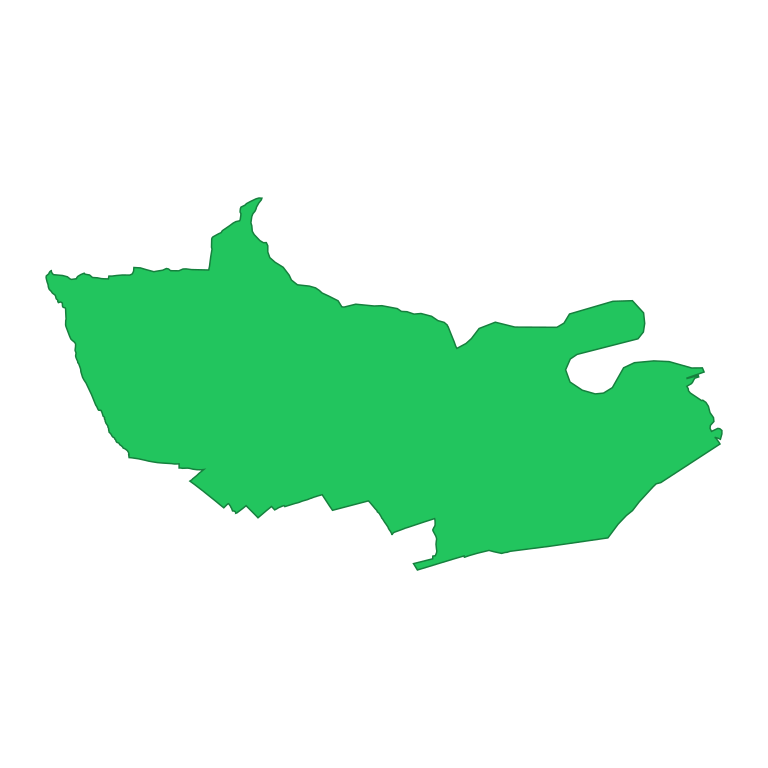 outline of Sibot, Alba, Romania
{"feature_id": "2599482B82824801071491", "entity_name": "Sibot", "entity_type": "district", "adm_level": 2, "iso_a3": "ROU", "parent_name": "Romania", "parent_adm1": "Alba", "projection": "robinson", "projection_center": [23.303, 45.942], "detail": "fine", "context": "isolated", "style": "filled", "palette": "green", "viewbox_px": 768, "rotation_deg": 0, "n_neighbors": 0, "source": "geoboundaries", "source_scale": "gbopen_adm2", "svg_char_len": 6012}
<svg xmlns="http://www.w3.org/2000/svg" viewBox="0 0 768 768"><path d="M702.4,367.9L691.7,368.0L669.1,361.6L653.8,360.9L634.4,362.7L623.6,367.8L612.4,387.6L603.5,393.1L595.2,393.9L582.3,390.2L570.0,382.0L565.6,369.8L570.3,359.0L577.1,354.4L638.0,338.8L643.4,332.0L644.7,323.4L643.6,312.9L632.4,300.7L612.9,301.3L569.5,314.0L564.0,323.1L556.9,327.3L515.0,327.1L495.3,322.2L479.1,328.5L471.4,338.6L466.0,343.5L456.9,348.4L455.7,346.2L454.2,341.9L451.2,334.5L448.1,326.7L447.6,326.3L447.4,325.2L444.2,322.4L437.9,320.6L431.6,316.3L421.0,313.5L414.0,314.1L407.0,311.7L401.4,311.4L397.3,308.6L381.9,305.7L374.2,306.0L355.7,304.2L344.0,307.1L341.8,306.8L338.1,300.8L328.8,296.1L322.1,293.0L319.4,290.5L315.6,287.9L309.3,286.1L297.4,284.8L291.4,280.0L289.2,275.2L283.2,267.3L275.0,262.2L269.8,257.6L267.8,252.0L267.8,245.8L266.3,242.6L263.4,242.7L259.9,240.6L254.2,234.6L252.3,231.3L251.8,225.7L250.9,222.8L251.8,216.5L252.9,213.7L255.0,211.2L256.0,209.1L256.5,207.1L258.8,203.0L261.3,199.9L261.9,198.2L259.0,198.0L256.1,198.8L250.6,201.4L246.5,203.6L244.9,205.2L241.0,207.1L240.4,208.6L240.1,211.2L240.2,212.4L240.9,213.5L240.8,215.6L240.2,219.7L239.6,220.8L235.9,221.6L233.1,223.1L229.2,226.0L222.4,230.6L221.4,232.2L221.0,232.7L218.5,233.8L212.9,236.9L212.0,238.0L211.7,239.1L211.5,247.2L212.0,249.1L210.7,257.0L209.5,266.4L208.7,270.0L191.6,269.6L186.1,268.9L183.0,269.0L178.8,270.8L170.7,270.7L169.8,270.1L168.6,269.0L166.4,268.5L162.7,270.2L155.9,271.3L153.9,271.7L146.4,269.7L140.4,267.9L133.9,267.5L133.6,271.0L133.0,272.6L132.0,274.1L129.7,275.1L122.5,275.0L116.6,275.5L111.9,276.1L108.9,276.1L108.4,278.9L104.3,278.8L101.4,278.6L97.4,277.8L92.5,277.5L89.6,275.0L85.1,274.2L84.2,273.2L80.9,274.5L77.8,276.4L76.9,277.5L76.4,278.7L71.7,279.4L71.3,279.4L70.2,279.0L67.4,276.8L62.6,275.5L53.7,274.7L53.1,274.3L52.4,273.5L51.5,272.2L51.3,270.7L50.6,271.0L49.9,271.7L49.3,272.5L48.8,273.8L46.3,275.9L46.1,277.4L46.4,279.1L47.1,281.9L48.1,284.8L48.3,286.7L48.6,287.8L49.1,289.0L49.3,289.5L50.7,290.8L51.3,291.5L52.4,293.1L54.8,294.9L55.3,295.5L55.5,296.2L55.8,296.9L55.9,297.8L56.3,298.9L56.9,299.4L57.5,299.9L57.8,300.4L57.8,301.5L58.4,302.6L59.5,302.3L60.3,302.0L60.8,302.0L61.5,302.5L62.0,302.7L62.3,303.2L62.4,304.2L62.4,305.3L62.6,306.4L62.7,306.8L63.2,307.2L63.7,307.5L64.2,307.6L65.1,307.8L65.5,308.5L65.6,308.9L65.7,311.9L66.0,317.7L66.1,318.9L65.9,319.9L65.7,320.7L65.7,321.7L65.6,324.6L65.7,325.5L66.0,326.6L67.5,330.6L69.6,336.2L70.8,338.9L71.3,339.5L72.6,340.7L73.8,341.6L74.4,342.2L75.1,343.1L75.5,343.8L75.6,344.5L75.5,346.8L75.2,349.2L75.1,350.2L75.2,350.8L75.7,352.0L76.0,352.8L76.0,353.4L75.6,355.9L75.8,356.9L76.1,357.8L76.8,359.6L77.6,361.1L77.8,362.7L78.7,363.7L80.6,369.0L80.9,371.8L82.6,377.4L84.0,380.0L86.0,383.0L91.6,394.8L95.7,405.0L96.8,406.7L97.9,409.1L98.2,409.7L98.4,409.8L98.7,410.2L99.1,410.3L100.5,410.2L101.0,410.4L101.3,410.7L101.4,411.2L101.4,411.5L101.7,411.9L101.9,412.2L103.1,416.1L103.4,416.5L104.3,417.1L104.6,417.6L104.4,418.7L104.5,419.1L105.0,419.6L105.1,420.4L105.2,421.2L106.0,423.3L106.3,423.7L107.3,425.2L107.8,425.8L107.9,427.0L108.6,428.5L108.7,429.0L108.6,429.8L109.0,431.3L109.1,432.2L109.7,432.7L110.9,434.0L111.3,434.7L112.2,436.3L113.1,437.2L114.3,437.8L114.6,438.2L114.7,438.8L115.0,439.3L115.5,439.7L115.8,440.2L116.0,441.0L116.3,441.6L116.5,441.9L117.0,442.4L117.6,442.6L118.2,442.8L118.6,443.0L119.1,443.4L119.7,444.6L119.9,444.8L121.1,445.6L122.0,446.4L122.6,447.0L123.1,448.0L125.3,449.0L127.2,450.5L127.6,451.0L128.5,452.5L129.0,454.2L129.0,454.7L128.7,454.7L129.1,457.6L131.7,457.8L138.5,458.8L145.3,460.3L148.5,461.1L152.4,461.8L157.4,462.6L161.9,463.0L171.5,463.6L174.5,464.0L179.1,463.9L179.1,468.0L180.6,468.0L182.6,468.3L187.5,468.1L189.3,468.3L193.0,469.2L197.0,469.7L201.5,469.8L203.8,469.5L199.1,473.3L196.6,475.7L192.7,478.8L192.0,479.7L189.9,481.1L195.1,484.9L202.2,490.4L215.1,500.7L220.3,505.0L223.8,507.8L227.1,504.5L228.0,503.8L228.3,503.7L228.6,503.7L230.4,506.1L230.8,507.1L231.5,508.2L231.8,509.0L232.2,509.9L232.4,510.7L232.5,510.9L232.7,511.0L233.8,511.0L234.8,511.4L235.1,511.7L235.8,512.6L236.0,512.9L235.9,513.2L236.9,512.9L242.7,508.5L246.1,505.7L256.6,516.3L258.0,517.8L266.7,510.4L271.5,506.5L274.7,509.9L276.8,508.8L278.4,507.8L279.2,507.4L280.6,506.9L282.3,506.1L284.1,505.6L284.8,506.6L286.1,506.2L295.5,503.3L297.3,502.9L299.0,502.4L302.3,501.1L307.5,499.6L310.7,498.3L311.7,498.1L312.2,497.8L314.7,496.9L315.9,496.6L317.2,496.1L321.5,494.9L322.2,494.7L323.0,496.0L329.6,506.1L332.5,510.3L368.4,500.9L369.8,502.3L373.6,506.8L374.8,508.3L375.6,509.2L376.9,510.5L377.2,511.5L377.3,511.8L378.2,512.5L378.7,512.9L379.4,513.7L380.7,515.9L381.2,516.7L381.7,518.0L382.4,518.7L383.7,520.7L384.6,522.2L385.1,522.9L385.5,523.4L387.8,526.8L388.3,527.8L388.4,528.3L389.3,529.8L390.4,531.3L391.0,532.4L391.4,533.1L391.7,534.0L391.8,534.4L392.0,534.5L392.3,534.4L392.4,534.1L393.2,533.0L394.2,532.3L401.1,529.8L404.5,528.5L404.9,528.2L405.5,528.1L407.8,527.4L424.3,521.9L434.6,518.6L434.9,519.6L435.1,521.9L435.1,524.9L434.9,525.7L434.6,526.4L433.7,527.8L433.6,528.2L433.1,529.1L432.8,529.9L433.0,530.8L435.7,535.9L436.1,536.8L436.6,538.8L436.6,539.3L436.3,541.2L436.0,544.3L436.5,549.2L436.8,551.0L436.5,552.8L436.0,554.1L435.3,555.7L432.8,556.1L432.7,558.8L413.5,563.6L417.4,570.0L452.5,559.3L464.1,555.9L464.4,557.2L465.0,557.1L465.4,556.9L469.5,555.5L477.5,553.2L489.0,550.4L493.8,551.7L501.6,553.4L505.0,552.5L507.1,552.3L510.2,551.3L550.8,546.1L607.9,537.9L618.1,524.2L626.4,515.5L632.5,510.6L639.2,501.9L653.0,486.9L656.2,483.8L660.8,482.6L666.6,478.8L720.0,444.0L718.7,441.9L717.4,440.2L716.2,438.5L714.7,437.3L718.0,438.2L720.4,439.3L721.9,433.9L721.9,430.5L719.8,428.7L717.8,428.4L711.5,431.4L710.0,428.3L710.4,425.4L713.9,421.5L713.5,417.6L710.0,412.6L708.4,406.3L705.9,402.4L702.8,400.2L701.6,400.6L690.3,393.0L688.5,390.8L688.2,388.6L686.8,386.3L691.5,383.6L692.6,382.2L693.8,379.8L694.8,378.2L698.7,376.9L698.3,375.5L687.1,378.5L687.0,378.0L704.1,372.0L702.4,367.9Z" fill="#22c55e" stroke="#15803d" stroke-width="1.5"/></svg>